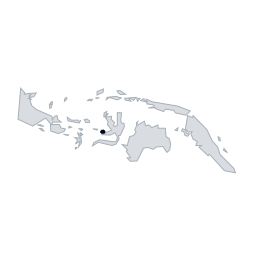 location of Banggai Kepulauan, Sulawesi Tengah, Indonesia, rotated 184°
{"feature_id": "22746128B2571336805106", "entity_name": "Banggai Kepulauan", "entity_type": "district", "adm_level": 2, "iso_a3": "IDN", "parent_name": "Indonesia", "parent_adm1": "Sulawesi Tengah", "projection": "albers", "projection_center": [123.185, -1.399], "detail": "fine", "context": "in_parent", "style": "filled", "palette": "ink", "viewbox_px": 256, "rotation_deg": 184, "n_neighbors": 0, "source": "geoboundaries", "source_scale": "gbopen_adm2", "svg_char_len": 5034}
<svg xmlns="http://www.w3.org/2000/svg" viewBox="0 0 256 256"><g transform="rotate(184 128 128)"><path d="M87.5,106.4L91.8,111.9L98.1,111.2L101.3,108.5L106.8,110.0L111.1,108.9L116.6,95.8L123.5,95.0L126.8,98.1L123.3,98.5L128.2,104.7L126.9,106.1L132.7,111.1L127.5,110.5L125.8,119.5L121.9,120.9L119.7,124.4L121.1,126.9L119.6,130.9L112.2,135.9L110.5,131.5L107.4,132.5L104.2,130.1L98.5,133.1L97.7,129.9L90.8,130.4L89.4,122.2L85.9,120.0L84.3,114.5L84.9,109.0L87.5,106.4ZM17.7,90.8L28.9,92.2L43.6,106.3L45.4,107.4L46.1,105.9L55.8,113.8L53.6,115.6L59.0,115.2L57.9,119.3L62.4,121.5L64.8,126.5L63.9,128.9L67.5,127.9L70.6,131.3L69.4,144.4L64.1,143.0L63.9,144.9L49.2,131.9L42.9,120.8L37.2,115.3L34.4,108.1L19.5,95.0L17.7,90.8ZM238.3,129.0L237.8,160.2L233.3,155.7L233.8,154.4L227.9,155.8L228.9,152.7L227.3,151.1L227.9,150.9L228.8,151.0L229.4,150.8L226.6,149.6L227.9,149.2L225.5,143.5L220.4,139.9L204.6,134.3L204.0,130.7L201.9,134.7L199.6,135.4L198.8,131.8L195.1,129.3L203.4,128.6L204.5,126.1L196.7,126.7L194.9,123.4L190.4,122.7L191.7,120.0L197.2,117.6L204.8,119.6L205.8,127.1L210.8,132.2L223.2,123.3L238.3,129.0ZM161.1,111.0L155.6,114.3L140.3,113.2L138.5,114.5L137.9,118.4L140.8,122.3L145.1,119.7L154.1,119.5L144.1,124.8L148.6,129.7L148.4,133.2L151.4,136.9L145.2,138.6L145.4,135.4L141.9,132.7L142.6,129.0L140.7,128.6L138.9,129.9L139.7,142.6L135.5,142.7L135.8,135.2L135.1,132.7L132.2,132.1L131.8,128.9L135.2,120.1L136.8,119.9L136.2,116.2L138.8,111.1L142.8,109.4L156.5,111.7L162.2,107.7L161.1,111.0ZM71.0,144.8L81.8,146.4L83.5,148.8L91.9,149.5L93.8,146.9L102.0,149.3L104.3,152.8L110.9,153.4L110.9,156.3L111.8,158.0L105.4,155.8L79.9,153.3L67.1,149.3L71.0,144.8ZM174.8,111.7L179.4,108.3L177.3,112.3L180.4,114.8L175.5,114.4L178.1,120.1L174.6,116.9L173.3,110.3L176.3,105.2L174.8,111.7ZM177.0,129.6L188.3,130.9L189.4,134.4L184.8,131.8L178.5,132.4L176.6,131.0L175.5,132.6L177.0,129.6ZM151.0,157.1L142.6,158.7L136.8,157.5L140.6,155.3L148.8,157.2L151.6,154.7L151.0,157.1ZM126.9,155.0L132.5,155.6L133.5,157.4L122.3,159.1L124.1,156.0L128.0,157.7L129.2,157.1L126.9,155.0ZM161.2,158.7L161.4,162.2L155.1,165.2L155.4,161.9L161.2,158.7ZM70.5,124.4L72.1,128.2L74.3,128.7L73.6,131.1L70.4,129.9L69.3,126.9L66.2,126.2L67.7,124.0L70.5,124.4ZM226.2,156.0L222.0,156.5L224.1,152.6L227.4,151.8L228.4,153.2L226.2,156.0ZM137.7,160.8L140.3,162.4L141.5,164.3L138.9,164.9L132.7,161.5L137.7,160.8ZM170.5,130.6L172.3,133.2L169.7,134.2L166.7,132.2L166.8,130.7L170.5,130.6ZM111.2,155.1L117.1,156.3L114.5,158.4L111.2,155.1ZM120.5,155.3L121.4,158.5L117.9,158.1L120.5,155.3ZM81.0,129.2L78.2,131.7L78.4,128.6L81.0,129.2ZM207.4,142.1L208.1,146.3L206.8,146.5L205.7,143.4L207.4,142.1ZM109.3,149.4L104.8,150.7L102.9,150.0L109.3,149.4ZM152.9,137.6L152.9,141.4L150.3,143.0L151.3,138.0L152.9,137.6ZM27.1,110.3L31.2,112.4L30.8,114.4L27.1,110.3ZM37.5,125.5L35.8,124.7L35.0,121.7L36.3,121.6L37.5,125.5ZM191.8,154.3L190.9,152.8L193.3,150.1L193.2,152.5L191.8,154.3ZM187.4,116.2L192.1,117.3L186.8,116.9L187.4,116.2ZM158.8,123.7L163.1,124.8L158.4,124.7L158.8,123.7ZM150.9,139.5L148.6,141.3L150.6,138.0L150.9,139.5ZM211.6,119.2L214.0,119.6L216.3,121.4L214.1,121.7L211.6,119.2ZM170.2,152.6L168.6,154.0L165.4,154.1L166.2,152.6L170.2,152.6ZM207.2,147.0L206.2,148.9L205.1,148.8L205.2,145.8L207.2,147.0ZM176.8,123.8L173.9,124.1L173.1,123.4L174.3,122.2L176.8,123.8ZM212.0,123.7L215.4,124.1L218.8,124.8L215.6,125.2L212.0,123.7ZM151.6,121.4L154.5,122.7L151.5,123.4L151.6,121.4ZM179.1,105.1L177.2,104.8L179.0,103.3L179.1,105.1ZM158.6,156.2L161.8,155.1L162.2,155.8L158.6,156.2ZM187.3,124.0L186.8,125.7L184.4,124.8L185.6,124.3L187.3,124.0ZM119.9,133.9L118.7,135.1L119.7,131.5L119.9,133.9ZM174.0,117.3L175.5,119.7L174.9,120.0L172.7,118.2L174.0,117.3Z" fill="#d9dde1" stroke="#a8b0b8" stroke-width="1"/><path d="M152.8,121.3L152.7,121.5L152.5,121.3L152.4,121.4L152.2,121.4L152.1,121.5L151.9,121.5L151.7,121.4L151.5,121.5L151.4,121.6L151.4,121.8L151.2,121.9L151.2,122.0L151.1,122.3L151.0,122.6L151.0,122.8L151.2,123.0L151.3,123.1L151.3,123.3L151.6,123.4L151.7,123.2L151.8,123.2L152.0,123.0L152.1,122.9L152.1,122.7L152.3,122.5L152.3,122.4L152.4,122.2L152.5,122.2L152.8,122.0L152.7,122.2L152.8,122.2L152.8,122.3L152.8,122.5L152.8,122.8L152.9,123.0L152.7,123.2L152.6,123.3L152.5,123.5L152.5,123.4L152.5,123.5L152.8,123.6L152.7,123.6L152.8,123.6L153.0,123.5L153.1,123.4L153.1,123.6L153.3,123.6L153.2,123.5L153.2,123.4L153.1,123.5L153.1,123.4L153.1,123.2L153.2,122.9L153.2,123.0L153.2,122.9L153.2,122.7L153.3,122.7L153.5,122.5L153.6,122.8L153.7,123.1L153.8,123.0L153.8,122.9L153.8,123.0L154.0,123.1L154.3,123.0L154.3,122.9L154.5,122.7L154.6,122.4L154.7,122.2L154.7,121.9L154.4,121.9L154.1,121.7L154.1,121.8L153.9,121.8L153.9,121.7L154.0,121.7L153.9,121.6L153.6,121.8L153.6,122.0L153.4,122.0L153.4,122.3L153.2,122.4L153.2,122.5L153.1,122.4L153.1,122.2L153.1,122.3L153.0,122.2L152.9,122.1L153.0,121.9L152.9,121.8L153.0,121.8L153.1,121.7L153.0,121.4L152.9,121.3L152.8,121.3ZM153.5,121.6L153.5,121.4L153.3,121.5L153.4,121.9L153.5,121.9L153.5,121.7L153.5,121.6Z" fill="#0f172a" stroke="#020617" stroke-width="1.5"/></g></svg>